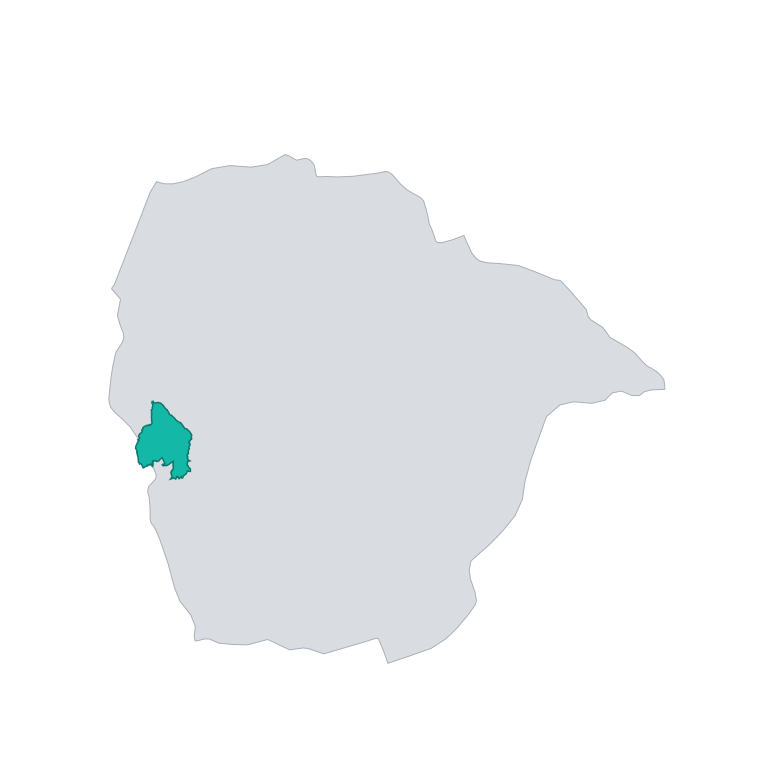 location of Mutare, Manicaland, Zimbabwe, rotated 161°
{"feature_id": "62879985B35185654442710", "entity_name": "Mutare", "entity_type": "district", "adm_level": 2, "iso_a3": "ZWE", "parent_name": "Zimbabwe", "parent_adm1": "Manicaland", "projection": "robinson", "projection_center": [32.311, -19.249], "detail": "fine", "context": "in_parent", "style": "filled", "palette": "teal", "viewbox_px": 768, "rotation_deg": 161, "n_neighbors": 0, "source": "geoboundaries", "source_scale": "gbopen_adm2", "svg_char_len": 7625}
<svg xmlns="http://www.w3.org/2000/svg" viewBox="0 0 768 768"><g transform="rotate(161 384 384)"><path d="M533.2,649.4L527.0,645.0L518.6,642.0L507.9,640.7L494.0,641.3L477.0,643.7L458.7,640.7L439.1,632.3L422.8,629.4L403.5,633.0L402.6,633.1L399.2,630.2L393.9,624.1L385.1,623.0L382.7,621.6L380.7,619.3L379.4,616.4L378.8,613.1L380.2,603.0L379.4,601.9L377.1,600.7L372.2,599.5L360.5,594.9L345.8,590.5L322.0,585.6L312.7,584.3L310.6,582.8L307.9,579.1L303.2,567.5L298.9,559.9L288.5,548.0L286.9,544.4L287.3,535.0L288.0,527.4L289.1,521.0L288.5,514.9L288.3,507.5L288.6,502.5L287.2,500.3L283.5,498.8L272.9,498.1L260.1,498.4L259.6,490.8L258.3,479.0L255.8,472.2L252.8,468.7L246.9,465.0L235.0,460.0L218.6,452.4L204.7,441.0L188.6,426.9L183.6,424.5L177.6,411.3L168.5,388.6L169.0,381.1L167.6,377.4L158.8,366.3L156.8,360.5L155.3,354.7L141.2,338.4L136.5,331.3L132.8,322.1L129.1,314.8L126.1,311.9L122.1,306.9L119.3,301.3L118.0,297.0L119.0,291.4L120.3,287.5L133.5,291.5L140.7,291.9L146.4,289.9L153.4,292.5L161.7,299.9L170.8,301.3L180.6,296.7L193.9,298.1L210.6,305.5L224.5,306.9L240.9,300.4L255.5,282.3L269.2,265.3L282.6,245.7L290.7,229.9L302.7,217.0L318.5,207.1L334.6,198.7L359.3,188.4L364.2,179.9L365.8,170.6L365.7,157.8L367.0,149.4L369.5,145.6L373.6,142.7L378.9,138.8L395.2,129.0L408.8,122.8L425.4,118.7L443.6,118.6L461.2,118.6L471.2,118.6L471.3,130.9L472.2,144.9L474.1,146.2L487.3,146.5L508.5,147.5L528.9,148.5L541.9,158.6L546.3,160.7L559.8,163.4L577.1,180.3L597.9,181.8L612.2,187.1L624.8,192.9L632.1,199.8L636.8,201.4L643.1,201.9L646.2,202.5L645.5,207.5L641.3,216.0L641.8,228.1L647.6,244.9L648.4,259.5L646.6,285.3L646.6,310.2L647.2,319.1L648.2,325.0L649.4,328.2L649.2,331.9L645.7,342.4L642.9,353.4L642.8,357.8L641.7,360.9L639.7,363.7L630.6,368.8L629.1,371.9L629.1,377.6L630.2,382.4L633.6,384.1L637.7,386.8L639.3,390.4L639.4,394.2L638.0,401.2L634.4,412.8L638.0,426.1L642.1,434.7L647.7,444.7L650.0,450.9L649.9,455.3L649.0,459.6L640.6,477.8L634.6,489.2L627.2,501.3L617.4,508.9L614.9,512.6L613.9,516.8L614.3,525.9L613.8,535.4L605.5,550.0L610.6,562.7L609.5,563.8L606.7,565.6L594.7,579.8L582.6,594.1L573.7,604.6L563.6,616.6L552.4,629.9L542.8,641.3L533.2,649.4Z" fill="#d9dde1" stroke="#a8b0b8" stroke-width="1"/><path d="M607.9,442.9L608.7,442.7L608.9,442.7L609.1,442.8L609.5,441.8L609.6,441.3L609.7,441.0L609.5,440.7L609.3,440.6L609.3,440.4L609.2,440.2L609.3,440.0L609.3,439.5L609.3,439.1L609.7,438.7L610.4,437.7L610.8,437.2L610.9,436.2L611.1,435.9L612.3,435.3L612.6,435.1L612.6,434.6L612.4,434.3L612.5,434.1L612.6,433.6L612.8,433.1L613.0,433.0L613.1,432.9L613.0,432.5L613.0,432.2L613.2,431.9L613.6,431.4L613.7,431.2L613.8,430.0L613.9,429.8L614.3,429.4L614.5,428.7L614.8,428.0L614.9,426.9L615.0,426.7L615.4,425.6L615.5,425.5L615.8,424.2L616.0,422.5L616.2,422.4L616.4,422.1L616.8,421.9L617.1,421.9L617.3,421.8L617.3,421.5L617.6,421.5L617.7,421.3L618.0,421.4L618.8,421.3L619.0,421.6L618.9,421.8L619.0,421.9L619.3,422.0L619.4,421.8L619.6,421.7L619.8,421.4L620.1,421.5L620.7,421.5L620.9,421.4L621.1,421.7L621.4,421.8L621.4,422.0L621.5,422.2L622.4,422.1L623.0,421.7L623.3,421.7L623.8,421.8L624.2,421.9L624.3,421.8L625.0,421.7L625.3,421.5L625.8,421.3L626.0,421.1L626.3,421.0L626.3,420.7L626.5,420.4L626.6,420.1L626.8,419.9L627.0,420.0L627.2,419.9L627.9,419.4L628.0,419.1L627.9,419.0L627.9,418.7L628.1,418.6L628.0,418.2L628.3,418.0L628.4,417.6L628.4,417.4L628.9,417.1L631.0,416.5L632.6,415.2L632.7,414.8L632.9,414.6L633.0,414.4L633.0,413.9L632.9,413.6L632.9,413.0L632.8,412.8L632.7,412.7L632.7,412.3L634.4,411.5L634.9,411.4L634.6,410.4L634.3,410.1L634.9,409.9L635.3,409.4L636.7,408.5L637.4,407.2L638.4,406.6L639.8,404.1L639.2,401.3L639.6,400.8L639.4,399.9L640.0,399.7L640.6,393.1L641.1,392.3L641.2,391.2L641.7,390.3L641.2,388.9L641.2,387.9L640.6,387.9L640.3,388.2L639.4,387.0L639.2,384.1L639.1,383.4L638.7,383.0L636.3,383.7L635.9,383.6L634.3,383.6L634.3,384.2L632.5,384.3L632.4,384.1L630.3,384.1L630.1,382.3L629.5,381.4L629.2,381.7L629.0,382.3L629.1,384.0L628.9,384.0L628.3,383.7L628.3,383.8L628.1,385.3L628.2,385.6L628.4,385.9L627.3,386.7L626.9,385.9L626.5,386.2L625.7,386.2L625.3,386.1L625.1,385.8L625.3,385.7L624.7,385.4L624.6,385.6L624.1,384.6L621.9,384.6L619.8,385.9L617.7,386.4L617.4,383.1L617.0,380.1L617.4,379.8L617.7,379.7L618.0,379.8L618.9,380.1L619.2,380.1L619.7,380.0L620.0,379.8L619.4,378.5L617.6,378.3L616.8,377.8L615.7,377.7L613.2,378.1L611.9,378.8L610.0,379.0L608.4,379.5L608.2,379.5L608.3,379.3L608.7,379.0L608.7,378.9L608.9,378.3L609.0,378.1L609.3,377.8L609.2,377.3L609.6,376.7L609.8,375.6L610.1,375.4L610.1,374.5L610.3,374.1L610.5,373.8L610.5,373.4L610.6,373.0L610.9,372.7L611.0,372.6L611.1,372.0L611.5,371.6L612.2,371.3L612.3,371.3L612.5,371.5L612.6,371.4L612.7,371.1L612.8,371.0L613.2,370.8L613.4,370.5L613.8,370.4L614.0,370.3L614.1,369.9L614.3,369.8L614.4,369.5L614.4,369.2L614.4,368.9L614.2,368.5L614.5,367.7L614.5,367.2L614.5,366.7L614.6,366.1L614.6,365.1L616.4,364.0L616.9,363.6L615.3,363.6L613.2,363.5L612.3,362.5L612.3,362.4L611.9,361.9L609.9,364.0L609.8,363.9L609.6,363.4L609.4,363.4L609.5,363.1L609.4,363.1L609.2,363.1L609.0,362.7L609.0,362.3L608.8,362.1L608.7,361.7L608.4,361.6L608.4,361.3L607.7,361.7L606.6,361.7L606.0,362.3L605.6,360.7L604.9,360.8L603.5,362.5L600.4,363.4L599.9,363.8L598.4,365.6L595.5,364.4L594.7,366.8L594.8,367.0L595.1,367.5L595.3,367.8L595.6,368.4L595.9,368.8L595.8,369.5L595.9,370.0L596.1,370.3L596.0,370.5L596.3,370.6L596.4,370.8L596.4,371.1L596.3,371.3L596.4,371.5L596.2,372.2L596.0,372.4L595.8,372.9L595.6,373.2L595.5,373.6L595.5,374.0L595.1,374.5L592.6,374.5L592.8,374.7L593.1,374.9L593.5,375.5L593.8,375.7L593.8,375.9L593.9,376.1L593.9,376.3L594.0,376.5L593.8,376.9L593.8,377.1L594.0,377.5L593.9,377.7L594.0,377.9L594.0,378.0L593.8,378.0L593.7,378.2L593.6,378.5L593.3,378.9L593.2,379.3L593.4,379.7L593.5,379.7L593.6,379.8L593.5,380.3L593.3,380.8L593.2,380.9L592.8,381.1L592.6,381.6L592.4,381.7L592.2,381.8L592.0,381.7L591.8,381.9L591.6,381.9L591.5,382.0L591.4,382.3L591.5,382.5L591.4,382.5L591.2,383.3L591.0,383.9L590.9,384.3L590.9,384.5L590.6,384.8L590.5,385.1L590.1,385.4L589.7,385.7L589.3,385.8L589.2,386.0L589.1,386.3L589.3,387.2L588.9,387.9L588.7,388.0L588.4,388.3L587.4,389.3L587.0,390.2L587.1,390.6L586.9,390.8L586.9,391.0L587.1,391.2L587.2,391.3L587.3,391.6L587.2,391.9L587.5,392.0L587.5,392.5L587.5,392.8L587.3,393.2L587.2,393.2L586.9,393.1L586.4,393.4L586.0,393.3L585.9,393.4L585.5,393.9L585.3,394.0L584.9,394.6L584.3,394.3L584.1,394.3L584.0,394.5L583.9,394.8L583.7,394.9L583.8,395.4L583.6,395.6L583.6,395.8L583.5,396.3L583.4,396.8L582.7,397.6L582.6,397.8L582.7,398.0L582.6,398.7L582.4,399.0L582.5,399.4L582.7,399.7L582.9,400.7L583.1,401.1L583.2,401.6L583.3,402.3L583.7,403.0L583.8,403.4L584.5,404.1L584.7,405.1L585.1,405.5L585.4,406.0L585.8,406.1L586.3,406.5L586.8,406.7L587.1,407.9L587.1,408.1L587.3,408.3L587.4,408.6L587.6,409.1L587.6,409.4L587.7,410.4L587.8,410.6L588.2,411.1L588.3,411.4L588.3,412.1L588.4,412.5L588.6,413.0L588.8,413.4L588.9,413.7L589.9,414.2L590.3,414.9L590.7,415.1L590.9,415.4L591.1,415.7L591.2,416.0L591.4,416.3L592.1,417.1L592.3,417.4L592.4,417.7L592.7,418.3L592.8,418.8L593.2,420.1L593.8,420.9L594.1,421.5L594.4,421.9L594.7,422.5L594.8,423.0L595.0,423.5L595.3,423.8L596.5,424.6L596.8,425.4L596.8,426.0L596.8,426.9L596.9,427.3L597.0,428.0L597.3,428.8L597.4,430.1L597.6,430.4L598.0,430.7L598.4,431.4L598.4,431.7L598.7,432.2L598.8,432.6L599.1,433.1L599.2,433.6L599.3,434.3L599.4,434.8L599.6,435.1L599.8,435.8L600.0,436.1L600.9,437.8L601.4,438.6L601.8,438.9L602.8,439.4L603.1,439.7L603.4,439.8L603.5,440.1L604.2,440.2L605.4,440.3L606.2,440.6L607.4,440.9L607.6,441.1L607.8,441.6L607.8,442.3L607.9,442.9Z" fill="#14b8a6" stroke="#0f766e" stroke-width="1.5"/></g></svg>